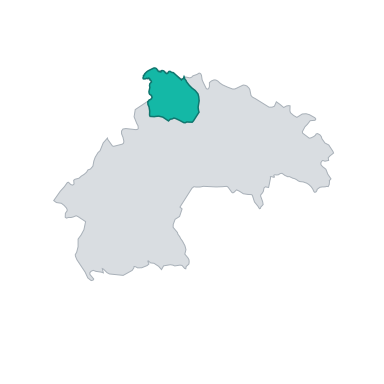 Siguiri highlighted on a map of Guinea, rotated 303°
{"feature_id": "GIN-5657", "entity_name": "Siguiri", "entity_type": "Prefecture", "adm_level": 1, "iso_a3": "GIN", "parent_name": "Guinea", "parent_adm1": "", "projection": "natural_earth1", "projection_center": [-9.321, 11.681], "detail": "fine", "context": "in_parent", "style": "filled", "palette": "teal", "viewbox_px": 384, "rotation_deg": 303, "n_neighbors": 0, "source": "natural_earth", "source_scale": "10m", "svg_char_len": 5316}
<svg xmlns="http://www.w3.org/2000/svg" viewBox="0 0 384 384"><g transform="rotate(303 192 192)"><path d="M229.8,251.6L227.1,251.2L225.9,251.8L222.3,256.6L220.2,258.5L216.8,257.9L215.6,258.3L214.7,257.7L216.0,255.0L217.7,249.8L222.1,244.4L222.2,243.3L220.4,240.2L218.5,236.0L218.5,231.5L218.1,228.2L214.3,227.3L213.5,226.7L213.4,225.6L215.6,219.9L215.8,218.8L215.5,217.8L213.2,214.9L209.4,209.5L203.0,198.5L200.7,196.2L198.4,192.8L197.5,190.7L195.1,189.9L172.8,190.1L172.4,192.9L164.7,194.9L159.9,192.7L154.6,193.9L152.1,195.4L150.1,201.8L148.9,203.2L147.8,206.1L146.8,207.7L145.6,210.8L143.1,215.3L140.4,218.3L136.0,219.8L134.5,224.6L133.5,226.4L131.8,227.7L129.9,228.6L126.3,227.7L124.2,228.6L123.9,227.4L125.0,223.6L124.1,221.7L120.6,217.8L120.3,215.9L119.2,213.4L114.6,208.4L110.3,208.7L111.5,204.5L111.5,198.9L110.0,195.9L110.4,192.7L109.6,192.9L108.2,195.1L105.8,194.4L101.1,191.1L98.8,187.8L98.5,185.1L98.0,184.0L96.5,184.6L93.6,184.5L84.6,179.7L78.3,167.4L78.1,164.6L79.1,159.8L78.9,158.5L75.9,161.7L75.4,159.6L73.1,154.6L72.5,151.8L70.4,150.5L68.6,150.3L67.3,151.2L65.5,157.0L64.2,157.0L62.8,155.7L63.2,151.4L66.6,146.0L72.5,132.4L74.6,129.3L75.9,128.2L78.6,128.1L84.0,126.3L90.5,122.1L95.5,122.4L101.5,121.9L109.2,118.9L109.3,109.8L109.0,107.8L106.3,105.9L104.7,104.4L103.4,102.3L101.7,100.9L101.8,99.4L105.2,97.4L108.3,97.5L109.4,96.7L110.2,95.4L111.1,92.1L111.4,88.6L109.3,84.0L109.5,80.7L120.8,81.1L127.0,82.1L132.1,82.3L132.9,83.1L132.2,86.3L132.8,88.2L134.5,88.7L137.4,86.4L138.9,86.9L142.0,89.7L145.0,90.5L148.2,92.0L151.2,92.8L153.9,92.7L155.9,94.3L159.7,94.8L164.6,92.8L168.4,91.9L173.8,91.7L176.6,92.4L184.8,90.8L191.2,91.7L190.2,92.7L187.3,100.1L187.6,101.4L194.2,107.5L195.7,108.0L197.5,107.2L200.3,104.3L202.5,101.2L204.7,99.7L207.2,99.8L209.2,102.0L213.8,111.1L215.0,112.3L216.1,112.3L218.2,110.6L219.2,108.6L223.5,102.5L230.2,99.5L246.1,106.4L248.4,106.9L249.8,106.4L251.8,102.3L257.8,98.8L260.6,97.9L262.3,97.7L262.9,96.6L263.2,95.0L262.9,93.2L261.0,90.1L261.0,89.2L262.0,88.6L264.3,88.2L267.3,88.5L270.6,89.8L273.3,91.7L274.8,94.0L277.8,103.7L281.2,111.3L281.0,121.5L282.5,122.5L284.2,123.0L284.9,123.8L286.5,128.0L288.1,129.2L289.9,129.5L293.4,132.2L295.6,133.2L295.9,134.0L295.8,135.1L294.9,136.5L291.6,139.4L290.0,141.8L286.6,147.5L286.5,148.6L287.2,149.4L288.6,149.5L290.1,149.1L293.2,147.0L295.7,147.8L298.0,149.4L298.9,151.0L299.1,153.2L298.6,156.0L298.5,159.2L299.3,164.6L300.5,170.0L301.8,171.9L309.6,176.7L310.4,178.4L310.8,180.4L310.2,183.2L309.4,184.7L305.1,188.9L304.5,190.9L304.8,194.6L305.1,210.4L306.8,213.0L308.8,214.4L313.6,213.6L313.4,218.0L312.8,222.9L315.6,224.4L317.0,225.9L317.7,227.3L313.4,229.9L312.1,231.4L311.5,235.5L311.7,239.3L317.5,242.0L319.8,245.1L320.8,248.4L321.2,254.6L320.6,256.1L319.1,256.1L316.2,252.3L311.6,251.9L308.2,251.2L302.6,251.7L301.6,252.8L301.0,261.0L302.3,262.4L305.0,264.0L306.8,264.6L308.3,264.5L309.4,265.5L309.6,268.2L308.9,270.2L307.4,272.0L305.5,276.8L305.9,281.1L302.8,288.1L301.8,289.5L297.6,288.1L294.9,287.6L292.9,289.4L290.2,286.7L289.7,284.5L288.7,284.1L286.8,284.1L285.1,285.3L284.4,287.5L284.0,291.9L280.9,296.2L278.7,301.4L276.2,301.0L275.7,301.6L273.0,303.0L270.7,303.3L270.1,301.9L268.8,300.8L267.3,298.6L265.6,296.7L262.4,295.5L261.1,296.0L259.6,295.9L258.6,295.2L258.7,294.1L260.4,291.4L261.4,288.8L261.9,286.1L261.9,283.5L261.0,279.7L259.5,276.8L259.2,275.1L259.3,272.7L259.0,270.4L258.5,269.2L257.9,265.0L257.0,264.2L256.5,260.8L256.7,257.3L255.4,255.9L253.4,255.0L252.3,253.6L251.6,252.1L250.8,251.6L250.2,251.7L249.7,252.7L249.0,252.9L247.9,249.6L247.4,249.4L246.6,250.2L237.5,253.8L236.3,250.7L234.6,250.2L231.6,251.4L229.8,251.6Z" fill="#d9dde1" stroke="#a8b0b8" stroke-width="1"/><path d="M263.4,87.9L263.6,87.9L264.0,88.2L264.5,88.4L264.8,88.2L265.1,88.0L265.5,88.0L268.2,88.6L269.7,89.2L273.8,91.6L275.0,92.3L275.7,93.1L276.0,94.0L276.1,94.9L275.8,95.8L275.3,96.7L275.0,97.5L274.9,98.6L275.0,99.0L275.4,99.6L275.5,100.0L275.7,100.5L276.2,100.5L276.8,100.2L277.4,100.5L277.8,101.2L278.1,102.1L278.1,103.1L277.5,104.7L277.4,105.5L277.5,106.3L278.2,106.9L279.0,107.0L279.8,106.9L280.5,107.0L281.1,107.7L281.3,108.3L281.2,109.1L281.3,110.0L281.5,110.4L281.7,110.8L281.9,111.2L281.9,111.7L280.2,122.1L280.8,122.1L281.4,122.4L282.0,122.8L282.6,123.0L283.3,122.9L283.9,122.6L284.4,122.5L283.7,123.6L283.0,124.1L282.6,125.1L282.3,126.2L281.4,127.5L280.0,131.5L279.2,135.2L278.8,139.6L277.5,143.6L275.6,145.7L272.4,148.3L269.5,149.6L266.5,150.9L263.9,153.1L262.8,154.4L252.5,154.5L250.7,154.2L249.1,151.6L247.9,149.5L246.5,148.7L245.7,147.4L245.3,142.4L244.7,138.2L244.2,136.6L242.4,135.5L241.2,134.1L238.8,133.6L238.9,126.7L237.5,122.8L235.8,120.6L234.6,119.3L232.6,115.7L232.8,115.3L233.1,114.9L233.4,114.5L236.9,112.4L240.0,109.6L241.4,107.4L243.7,105.7L244.4,106.0L244.7,106.1L245.4,105.9L245.6,105.9L246.0,106.1L246.6,106.6L246.9,106.8L247.6,107.1L249.5,107.1L250.4,106.1L250.8,105.4L251.0,104.9L250.9,104.0L250.9,103.3L251.2,102.7L251.7,102.1L252.8,101.2L256.8,99.7L257.5,99.0L258.0,98.5L259.5,97.8L260.1,97.7L262.2,98.1L263.0,97.2L263.2,96.6L263.1,95.7L263.6,95.5L263.9,94.9L264.0,94.1L264.0,93.6L263.8,93.4L263.2,93.2L262.9,93.0L262.8,92.6L262.8,92.3L262.7,92.0L261.7,91.4L261.1,90.7L260.6,90.0L260.4,89.6L260.9,88.8L262.5,88.4L263.1,87.9L263.4,87.9Z" fill="#14b8a6" stroke="#0f766e" stroke-width="1.5"/></g></svg>